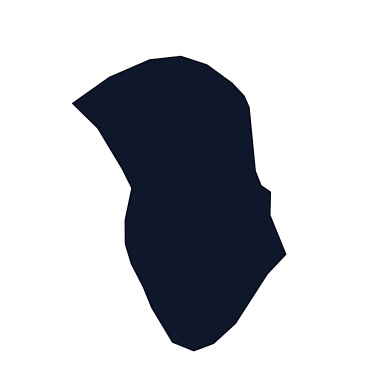 Inverclyde, Albers equal-area conic projection, rotated 59°
{"feature_id": "GBR-2005", "entity_name": "Inverclyde", "entity_type": "Unitary District", "adm_level": 1, "iso_a3": "GBR", "parent_name": "United Kingdom", "parent_adm1": "", "projection": "albers", "projection_center": [-4.735, 55.9], "detail": "fine", "context": "isolated", "style": "filled", "palette": "ink", "viewbox_px": 384, "rotation_deg": 59, "n_neighbors": 0, "source": "natural_earth", "source_scale": "10m", "svg_char_len": 532}
<svg xmlns="http://www.w3.org/2000/svg" viewBox="0 0 384 384"><g transform="rotate(59 192 192)"><path d="M54.7,248.5L51.3,203.7L57.1,160.1L70.2,131.7L90.9,113.8L119.4,101.8L136.5,98.1L148.8,99.6L206.6,127.1L222.0,129.7L232.5,125.0L252.0,137.3L293.6,143.8L300.8,169.5L313.4,195.1L326.9,222.5L332.7,251.5L328.9,272.1L310.7,285.9L292.4,285.9L270.3,285.9L248.2,282.5L222.2,280.8L202.1,275.7L181.9,263.7L179.8,261.8L157.8,241.4L136.8,239.7L88.7,239.7L56.8,248.0L54.7,248.5Z" fill="#0f172a" stroke="#020617" stroke-width="1.5"/></g></svg>